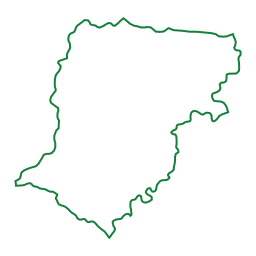 Baranovichy, Brest, Belarus (orthographic projection)
{"feature_id": "67162791B97838850570601", "entity_name": "Baranovichy", "entity_type": "district", "adm_level": 2, "iso_a3": "BLR", "parent_name": "Belarus", "parent_adm1": "Brest", "projection": "orthographic", "projection_center": [25.916, 53.118], "detail": "fine", "context": "isolated", "style": "outline", "palette": "green", "viewbox_px": 256, "rotation_deg": 0, "n_neighbors": 0, "source": "geoboundaries", "source_scale": "gbopen_adm2", "svg_char_len": 4336}
<svg xmlns="http://www.w3.org/2000/svg" viewBox="0 0 256 256"><path d="M136.7,26.2L134.1,25.7L130.1,23.8L127.0,21.1L123.5,18.3L121.0,20.3L117.9,23.4L115.9,24.9L114.9,25.8L112.9,25.4L111.2,23.5L108.6,23.0L105.5,24.5L103.7,25.8L101.6,26.8L99.3,27.6L96.7,26.6L95.8,25.6L93.0,25.1L90.5,24.4L89.4,21.9L88.1,20.4L84.5,20.1L82.9,21.5L80.8,23.0L76.9,26.0L76.2,27.2L74.6,31.2L73.6,32.3L70.5,33.6L69.1,35.2L68.3,38.4L68.5,40.8L69.7,43.2L70.0,45.3L70.2,47.7L69.0,50.2L67.7,52.4L67.2,53.6L66.9,55.6L67.1,58.1L65.0,59.0L62.9,59.6L58.7,61.2L58.0,62.8L60.7,66.1L60.4,68.2L58.9,71.3L56.7,73.8L55.6,75.8L54.9,79.6L54.8,82.0L54.8,82.6L54.8,86.6L55.7,89.1L55.5,91.1L53.9,92.9L52.9,94.4L51.0,97.0L50.3,99.8L50.3,101.0L51.3,103.1L54.5,105.4L56.0,106.6L58.0,107.9L58.4,110.5L57.7,112.5L57.5,114.1L57.4,116.9L58.1,119.0L59.0,120.7L58.7,125.6L58.7,128.1L56.2,130.6L54.3,135.7L54.3,139.4L55.3,143.4L55.3,147.1L54.1,150.6L51.6,153.1L48.9,153.9L46.0,153.9L43.7,154.9L42.0,158.2L40.1,161.1L38.5,163.8L35.8,166.3L30.8,167.7L28.5,168.5L24.3,170.3L21.8,172.2L21.0,174.1L20.6,176.3L20.1,178.2L18.1,179.8L15.4,181.1L16.0,184.4L15.9,185.7L17.6,185.7L20.1,185.5L20.9,185.5L23.6,185.2L24.7,184.9L26.3,184.1L27.9,183.4L30.3,183.3L31.6,184.1L32.6,185.4L34.0,186.4L36.2,186.6L37.7,187.1L38.9,188.0L40.9,188.7L43.3,188.9L46.3,189.7L47.9,190.8L50.4,191.7L52.7,191.7L54.7,192.7L55.6,193.4L57.2,194.5L56.8,196.2L56.0,197.4L55.9,198.8L56.7,199.9L57.4,201.4L58.0,203.1L58.9,204.4L61.0,205.3L63.1,205.9L65.7,207.0L67.0,208.1L68.5,209.4L69.9,211.0L71.8,212.7L74.1,214.1L75.8,215.4L76.7,216.9L77.6,218.5L79.5,219.6L81.3,219.6L82.6,219.2L84.4,219.0L85.4,219.6L86.6,221.2L88.0,222.2L89.4,222.0L90.6,221.5L93.1,221.5L95.2,223.0L96.5,224.5L97.8,226.1L99.5,227.6L101.8,229.5L103.8,230.9L105.3,232.3L106.0,233.3L107.6,235.4L108.6,237.1L109.2,237.6L109.4,237.7L112.3,233.6L114.0,231.5L114.8,230.1L115.1,228.6L114.0,226.9L113.4,225.7L112.6,222.1L113.4,220.8L114.5,220.3L116.0,219.5L117.8,219.2L119.0,219.2L121.5,218.6L122.3,217.3L123.4,216.1L124.9,214.7L127.1,213.9L128.3,213.9L129.4,214.6L130.3,215.8L131.4,214.8L131.4,213.8L131.2,211.3L131.0,210.3L130.8,208.4L130.4,207.3L130.4,205.4L130.4,204.2L130.5,202.8L130.6,201.7L131.5,200.5L132.0,200.2L132.9,199.9L134.4,199.6L135.4,199.3L136.1,198.2L137.8,195.9L139.4,195.3L141.2,196.4L141.3,198.1L141.7,200.5L143.1,202.0L145.4,202.6L146.9,202.3L149.0,201.5L151.8,199.6L151.6,196.9L149.8,195.6L148.7,195.1L147.6,194.4L146.7,193.8L145.8,192.1L146.0,191.5L146.6,190.1L147.3,189.3L148.2,188.4L149.1,188.2L150.3,188.4L151.0,189.7L151.2,190.2L151.8,191.1L152.3,191.6L153.3,191.6L154.3,191.5L155.1,191.0L156.0,189.7L156.4,187.7L156.7,186.1L157.1,184.8L158.3,183.2L160.1,181.2L161.5,180.4L164.8,180.1L166.5,180.0L167.8,179.5L168.3,178.8L169.3,178.2L169.3,177.1L168.6,176.5L167.9,174.8L169.2,173.1L171.1,172.1L172.3,171.2L173.7,169.6L173.8,168.2L173.9,166.7L174.3,165.3L174.8,162.8L175.1,159.6L175.0,156.8L175.9,153.8L177.1,153.1L178.3,152.3L178.4,150.8L177.5,149.0L176.5,147.9L176.1,146.3L176.6,144.4L176.6,140.8L176.4,136.6L175.4,134.5L173.6,134.3L171.9,133.5L171.3,132.5L172.2,131.3L173.6,130.3L175.0,129.8L176.3,128.8L176.6,127.4L176.7,126.2L177.3,125.0L178.8,124.4L181.0,124.2L182.8,123.7L184.9,122.3L187.1,121.7L189.2,121.4L190.3,120.9L190.7,119.5L190.5,117.3L190.6,115.2L191.0,113.7L191.5,112.5L192.9,111.2L195.6,111.0L197.7,111.9L198.9,112.6L200.4,113.7L201.3,114.3L202.5,114.6L203.4,114.4L205.4,113.1L206.4,112.7L209.7,113.0L210.6,113.9L211.6,115.7L211.6,117.1L211.7,118.6L212.1,120.2L212.9,121.2L214.0,121.2L215.1,120.8L216.4,119.6L218.1,117.7L219.2,116.0L221.9,114.5L225.9,113.0L228.1,112.2L227.1,108.5L225.8,105.4L223.5,102.6L220.4,101.5L216.7,101.2L214.0,100.8L212.4,98.3L211.9,95.6L212.8,93.5L216.3,92.3L217.7,91.7L219.6,90.2L220.4,88.1L219.7,84.2L221.4,82.6L223.8,82.6L226.1,81.1L226.5,78.4L226.7,74.5L229.1,73.7L233.9,73.6L236.6,73.4L239.0,70.7L239.2,66.8L239.0,63.1L238.4,58.6L239.1,56.6L240.5,55.0L240.6,53.5L240.5,51.5L239.4,50.6L236.4,50.3L234.7,49.1L234.2,47.5L235.1,45.7L235.8,42.3L235.0,39.2L233.9,37.2L233.0,34.1L226.6,36.4L223.0,36.7L218.8,36.3L215.9,34.2L211.1,33.1L204.6,32.5L197.7,31.8L189.8,31.7L182.5,30.8L174.4,30.2L172.7,29.9L169.0,28.2L167.9,28.5L165.4,30.4L163.7,31.5L159.8,31.9L155.8,31.6L153.3,29.5L150.8,27.4L147.2,27.0L144.1,27.5L140.8,27.4L137.7,26.4L136.7,26.2Z" fill="none" stroke="#15803d" stroke-width="2"/></svg>